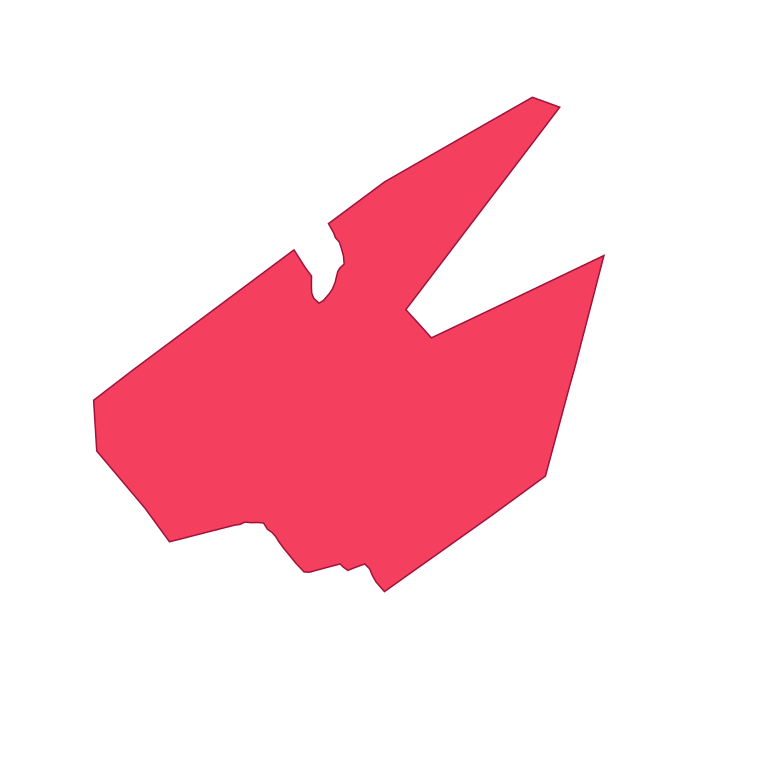 Socorro do Piauí, Piauí, Brazil, rotated 62°
{"feature_id": "56859067B27559858306193", "entity_name": "Socorro do Piauí", "entity_type": "district", "adm_level": 2, "iso_a3": "BRA", "parent_name": "Brazil", "parent_adm1": "Piauí", "projection": "orthographic", "projection_center": [-42.476, -7.881], "detail": "fine", "context": "isolated", "style": "filled", "palette": "rose", "viewbox_px": 768, "rotation_deg": 62, "n_neighbors": 0, "source": "geoboundaries", "source_scale": "gbopen_adm2", "svg_char_len": 973}
<svg xmlns="http://www.w3.org/2000/svg" viewBox="0 0 768 768"><g transform="rotate(62 384 384)"><path d="M459.5,208.2L373.8,129.5L369.2,239.1L365.5,320.5L350.6,324.2L328.6,329.8L222.1,98.9L200.5,118.4L202.0,169.5L205.8,288.6L216.3,357.7L227.0,357.5L232.1,358.2L238.0,356.8L245.3,358.2L252.0,359.7L259.4,362.9L260.8,368.4L263.0,372.0L267.4,376.0L271.4,379.5L276.0,385.1L278.5,389.8L281.8,398.2L282.1,403.4L275.4,405.8L269.7,405.1L264.2,402.5L254.6,397.3L248.4,398.3L244.1,398.9L223.3,400.5L239.4,505.6L253.8,599.3L262.0,648.0L308.3,669.1L381.7,653.3L422.6,647.5L438.5,582.1L440.3,577.4L440.7,571.4L443.8,566.9L447.1,560.4L450.2,555.6L457.6,555.1L462.5,552.6L467.6,551.3L473.7,550.9L481.3,549.8L500.7,546.0L512.4,542.8L515.2,538.1L518.3,524.2L522.3,507.2L526.7,505.9L531.6,503.4L532.3,496.9L533.8,485.5L540.4,483.5L546.8,484.1L554.7,484.0L560.7,482.7L567.5,481.1L550.8,352.2L541.1,284.7L474.7,222.7L459.5,208.2Z" fill="#f43f5e" stroke="#9f1239" stroke-width="1.5"/></g></svg>